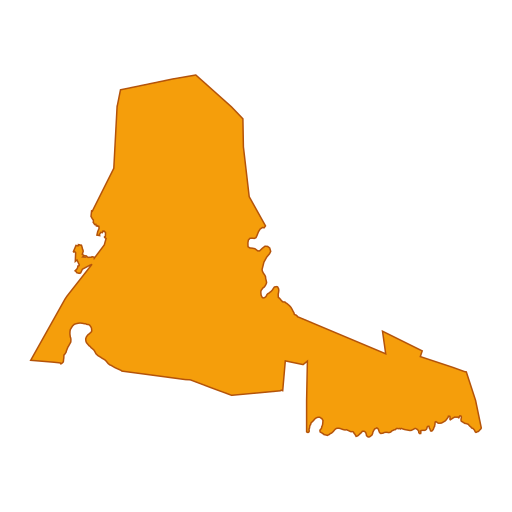 San Gabriel Mixtepec, Oaxaca, Mexico
{"feature_id": "50627088B96439239090131", "entity_name": "San Gabriel Mixtepec", "entity_type": "district", "adm_level": 2, "iso_a3": "MEX", "parent_name": "Mexico", "parent_adm1": "Oaxaca", "projection": "equal_earth", "projection_center": [-97.031, 16.061], "detail": "fine", "context": "isolated", "style": "filled", "palette": "amber", "viewbox_px": 512, "rotation_deg": 0, "n_neighbors": 0, "source": "geoboundaries", "source_scale": "gbopen_adm2", "svg_char_len": 5949}
<svg xmlns="http://www.w3.org/2000/svg" viewBox="0 0 512 512"><path d="M117.1,106.3L113.8,168.3L92.3,211.2L91.6,210.9L91.0,216.4L92.3,218.7L93.1,219.8L93.3,219.9L93.4,221.4L93.2,222.4L93.7,222.9L94.0,223.6L94.2,223.8L94.6,224.4L95.0,224.7L95.8,224.3L96.4,226.0L97.5,225.7L97.6,226.2L98.8,226.3L99.1,228.3L97.7,231.6L96.9,235.1L99.7,235.6L99.5,234.2L100.9,232.3L102.3,232.7L102.8,231.8L102.7,231.2L104.0,231.0L104.3,231.3L104.3,231.5L105.5,232.4L105.5,233.5L105.4,236.1L105.2,236.7L104.9,237.1L104.6,237.0L104.6,237.5L106.1,238.4L104.3,244.9L94.3,258.2L94.2,257.2L92.0,256.7L91.5,257.2L89.4,257.3L88.0,257.4L86.9,256.6L86.5,256.0L86.0,255.9L86.1,256.2L85.9,256.8L85.4,257.1L82.8,256.9L84.2,255.6L82.3,254.4L83.2,251.2L82.9,249.8L82.6,249.4L82.4,248.5L82.2,247.6L81.5,245.3L81.3,245.1L80.2,245.2L79.8,244.8L78.4,244.6L78.4,245.7L77.3,245.8L76.0,245.4L73.4,251.6L73.7,252.0L74.6,251.6L75.0,252.1L75.4,252.3L75.7,252.9L75.6,253.5L75.3,261.4L77.0,260.0L79.3,264.9L79.2,265.3L78.9,265.8L77.9,266.0L77.6,267.7L77.2,268.5L76.8,269.1L75.1,270.8L75.7,271.1L75.9,271.5L76.7,272.4L76.8,272.7L79.0,273.3L79.3,273.1L79.9,273.3L80.7,272.8L82.4,269.2L89.9,265.2L91.4,264.6L92.0,264.3L67.0,296.1L65.0,299.1L30.7,360.3L53.6,362.2L60.1,362.9L60.9,363.9L61.9,363.3L62.9,362.3L63.3,361.9L63.5,360.7L63.5,360.0L63.8,357.9L63.9,355.1L64.6,354.4L65.3,353.4L66.2,351.9L66.3,351.1L67.9,347.1L68.5,346.2L70.8,342.0L70.9,339.4L70.7,337.9L70.3,337.0L70.0,334.7L69.9,333.5L70.0,331.3L70.3,329.6L72.5,326.0L74.3,324.3L75.5,323.9L76.5,323.6L77.2,323.5L77.8,323.3L80.1,323.0L82.5,323.3L84.2,323.7L85.4,323.7L86.9,324.4L88.7,324.6L89.7,325.2L90.4,326.2L91.3,327.6L91.5,328.4L91.7,330.4L91.6,331.4L90.9,332.3L90.2,332.9L89.4,333.7L88.1,334.6L86.6,336.5L86.1,337.6L85.7,338.9L85.8,340.3L86.0,341.5L86.5,342.7L88.6,345.2L89.1,345.8L90.1,346.4L91.1,347.7L92.4,348.7L94.0,350.2L95.0,351.9L96.0,353.8L97.9,355.6L100.6,357.2L102.3,358.4L103.5,359.0L105.3,360.2L106.4,361.4L108.1,363.5L109.8,364.9L111.0,365.3L114.7,367.5L116.2,368.2L121.1,370.4L121.9,371.1L185.5,379.6L190.2,379.8L210.5,387.5L231.6,395.3L280.3,390.8L281.2,390.1L281.9,390.5L282.7,390.7L285.3,360.9L303.1,364.6L307.4,361.1L306.6,400.5L306.6,402.8L306.6,431.8L307.3,432.4L308.3,432.4L309.1,431.7L309.2,430.4L309.0,429.2L309.5,428.1L309.9,425.4L310.6,424.7L310.8,423.7L311.3,422.5L312.4,421.7L313.2,420.8L313.9,420.1L314.5,419.2L316.2,417.9L317.1,417.5L317.8,417.3L318.8,417.2L319.9,417.3L321.1,418.2L321.9,418.6L322.4,419.6L323.0,420.4L322.8,422.7L322.6,424.5L322.3,425.6L321.7,426.8L321.6,427.9L321.1,428.8L320.2,429.7L319.9,430.7L320.2,432.0L322.0,433.0L322.8,433.7L323.4,433.8L324.0,434.6L325.2,434.8L327.5,435.4L328.1,435.0L329.5,434.4L330.2,433.6L331.5,433.1L332.1,432.6L333.4,431.4L334.4,430.1L335.1,429.4L335.6,428.9L336.9,428.3L338.4,428.2L339.9,428.4L342.6,429.4L343.7,429.7L344.7,429.9L345.7,429.9L346.5,429.7L347.5,430.2L348.1,430.4L350.6,431.6L351.5,431.7L352.5,431.6L353.3,431.9L353.8,432.6L354.1,433.4L354.9,434.2L355.3,434.9L356.1,436.4L357.6,435.9L358.4,435.3L359.1,434.6L359.7,434.2L360.0,433.6L361.3,432.7L362.2,431.4L363.1,431.2L364.5,431.4L365.6,432.4L366.2,433.9L366.5,435.6L367.2,436.3L367.8,436.8L368.4,437.0L369.0,437.0L369.8,436.7L371.9,435.1L372.6,433.6L372.8,432.4L373.7,430.5L374.1,429.9L374.5,429.2L374.9,428.7L375.8,428.6L376.5,427.9L377.1,428.0L378.0,428.7L378.6,429.9L378.9,430.9L379.6,432.6L380.8,433.5L383.2,433.1L383.8,432.7L384.8,432.4L385.7,432.3L387.1,432.3L388.3,432.6L389.5,432.5L390.8,432.0L391.7,431.0L393.0,430.4L394.1,429.8L395.5,429.6L396.2,428.7L396.9,428.4L398.5,428.7L399.2,428.5L399.7,428.5L400.3,429.0L401.1,428.4L404.5,429.5L409.9,430.5L411.2,430.4L413.7,429.2L414.8,428.5L415.7,428.5L417.1,429.3L417.9,430.0L418.7,431.4L418.8,432.7L419.7,433.6L420.7,433.5L420.9,431.9L420.4,431.0L421.1,430.5L423.1,430.3L424.3,430.4L425.2,430.2L426.3,429.4L426.7,428.8L427.2,427.0L427.7,426.4L428.9,426.2L429.2,427.0L429.3,428.0L429.9,428.8L430.6,430.9L431.3,431.1L431.9,431.0L433.0,429.8L433.6,428.7L433.8,427.7L434.7,426.1L434.7,425.2L435.0,424.2L435.0,423.0L435.3,421.9L436.0,421.6L438.2,423.2L440.2,423.2L441.6,423.0L445.1,421.0L446.1,420.0L446.8,419.0L448.1,417.3L448.4,416.2L449.1,416.1L449.9,416.4L450.1,418.0L449.9,419.1L450.3,419.8L453.4,417.8L454.7,417.1L456.3,417.2L457.0,417.1L458.1,417.2L458.5,417.8L459.0,417.7L459.2,416.7L459.9,415.8L460.8,415.9L461.4,416.9L461.3,417.9L461.0,419.5L461.1,420.9L461.7,421.5L462.5,421.8L463.3,422.5L464.0,422.8L464.8,423.4L465.8,423.5L467.2,423.9L468.4,424.4L469.2,425.5L470.1,426.4L471.0,427.1L471.6,428.0L472.9,428.4L474.4,430.0L475.2,431.8L475.9,432.4L476.7,432.2L477.4,431.6L478.4,431.5L480.0,429.7L480.7,429.1L481.3,428.0L475.6,400.5L466.3,371.9L464.5,371.6L452.9,367.4L420.3,356.6L422.2,350.9L382.5,331.2L385.7,353.8L297.5,316.7L297.2,316.0L296.6,315.6L296.3,315.2L295.4,314.9L294.6,314.5L294.2,314.1L294.1,313.4L293.9,312.7L292.9,311.0L292.2,309.5L290.9,307.3L289.5,305.7L286.8,303.4L285.5,302.7L285.2,302.2L284.8,302.0L283.1,301.9L282.4,301.7L281.7,300.7L280.9,300.1L280.5,299.3L279.7,298.6L279.4,298.1L278.8,297.8L278.3,297.3L278.2,294.2L278.6,292.2L278.8,290.3L278.6,288.8L277.6,286.9L276.7,286.6L274.4,287.0L273.3,288.5L272.5,289.9L271.0,291.5L270.2,292.0L269.1,293.0L267.8,293.7L266.9,294.7L266.2,296.2L265.4,297.1L264.1,297.8L263.0,297.9L262.3,297.5L261.6,296.3L261.1,295.1L260.9,293.3L260.8,291.9L261.1,290.5L262.9,288.0L264.2,287.1L265.3,285.6L266.3,283.6L266.6,282.4L266.1,280.2L265.7,278.6L265.5,276.6L264.8,275.2L263.1,272.7L262.3,270.9L262.1,269.4L263.9,262.2L266.7,257.1L269.5,253.8L270.7,251.4L269.7,248.0L267.6,246.4L265.0,246.2L262.3,248.3L259.6,250.9L257.8,250.9L254.9,248.7L252.5,248.2L249.7,247.9L248.0,246.7L247.9,242.8L248.4,240.0L250.0,238.3L252.0,238.2L254.5,238.4L256.0,237.6L257.0,235.5L258.4,231.9L260.1,229.1L262.5,227.5L264.1,227.8L265.5,225.9L249.2,196.7L243.4,146.9L242.9,118.8L231.5,106.9L195.8,75.0L173.1,78.9L120.5,89.8L117.2,106.3L117.1,106.3Z" fill="#f59e0b" stroke="#b45309" stroke-width="1.5"/></svg>